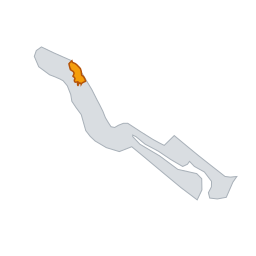 Jimara, Upper River, Gambia shown in context, rotated 219°
{"feature_id": "56634734B42913132832661", "entity_name": "Jimara", "entity_type": "district", "adm_level": 2, "iso_a3": "GMB", "parent_name": "Gambia", "parent_adm1": "Upper River", "projection": "mercator", "projection_center": [-14.409, 13.327], "detail": "fine", "context": "in_parent", "style": "filled", "palette": "amber", "viewbox_px": 256, "rotation_deg": 219, "n_neighbors": 0, "source": "geoboundaries", "source_scale": "gbopen_adm2", "svg_char_len": 3376}
<svg xmlns="http://www.w3.org/2000/svg" viewBox="0 0 256 256"><g transform="rotate(219 128 128)"><path d="M29.0,115.7L49.3,115.0L73.9,115.3L100.7,115.7L113.3,115.8L119.9,104.2L132.5,99.1L145.4,97.2L152.1,97.7L159.2,99.4L172.8,109.0L181.3,111.2L188.4,113.4L193.6,118.0L201.7,122.6L208.1,123.9L211.9,123.2L218.2,121.4L222.4,120.0L235.9,119.4L245.9,124.7L248.0,130.5L246.3,136.5L232.9,139.7L214.4,144.7L199.0,141.9L180.3,135.1L169.4,130.2L164.9,128.3L158.1,125.2L152.1,121.8L146.4,119.7L142.0,118.3L138.7,120.0L137.1,124.2L134.5,128.8L131.2,131.5L115.5,133.1L101.5,134.8L93.9,136.2L88.9,137.3L87.3,151.2L71.4,151.0L55.7,150.9L39.5,151.1L22.1,151.4L17.6,154.2L12.9,158.8L12.4,151.9L8.0,136.0L13.9,129.1L20.4,125.0L24.8,128.3L26.1,134.7L29.5,139.1L40.9,141.9L52.3,139.9L59.2,140.8L59.0,137.2L61.3,132.5L75.1,130.4L89.7,129.1L104.6,126.2L116.3,126.3L119.9,125.5L119.0,124.3L108.5,122.9L86.0,126.2L63.2,127.2L45.9,135.8L38.8,135.0L31.6,126.4L29.0,115.7Z" fill="#d9dde1" stroke="#a8b0b8" stroke-width="1"/><path d="M209.5,137.1L209.1,137.1L208.8,137.2L208.2,137.2L207.6,137.3L207.1,137.3L206.6,137.4L206.3,137.4L206.0,137.4L205.8,137.3L205.4,137.2L205.0,137.0L204.9,137.0L204.8,136.9L204.5,136.7L204.4,136.6L204.2,136.4L204.2,136.2L204.0,135.7L203.9,135.6L203.8,135.2L203.7,134.9L203.6,134.6L203.6,134.3L203.5,134.1L203.5,133.9L203.4,133.7L203.2,133.5L202.7,133.5L202.4,133.6L202.2,133.6L201.9,133.6L201.7,133.6L201.2,133.4L200.8,133.3L200.7,133.3L200.6,133.2L200.4,133.0L200.2,132.9L200.1,132.7L200.0,132.3L200.0,131.8L199.9,131.5L199.8,131.4L199.3,130.9L199.1,130.7L198.7,130.5L198.4,130.4L198.1,130.4L197.9,130.4L197.5,130.7L197.4,130.8L197.0,131.2L196.9,131.3L196.6,131.6L196.5,131.9L196.2,132.2L196.1,132.3L195.9,132.4L195.7,132.3L195.6,132.2L195.5,131.8L195.5,131.7L195.4,131.2L195.2,130.9L195.0,130.5L194.8,130.3L194.5,130.1L194.2,129.8L193.9,129.6L193.7,129.6L193.7,129.8L193.8,129.9L193.8,130.0L193.7,130.2L193.8,130.3L194.0,130.7L194.1,130.9L194.1,131.2L194.1,131.6L194.1,131.8L194.3,132.2L194.3,132.4L194.2,132.5L193.9,132.5L193.7,132.7L193.3,132.8L193.2,132.7L192.9,132.8L192.4,132.7L192.3,132.8L192.2,132.8L192.1,132.7L191.9,132.5L192.0,133.0L192.0,134.2L191.7,134.9L191.4,135.5L191.1,136.2L190.5,137.4L190.4,137.6L190.5,137.7L190.9,138.0L191.1,138.2L191.2,138.3L191.3,138.3L191.6,138.5L191.9,138.7L192.1,138.8L192.3,138.9L192.5,139.0L192.9,139.1L193.0,139.2L193.5,139.5L193.8,139.5L194.0,139.7L194.7,139.8L195.2,140.0L195.6,140.0L196.0,140.0L197.0,139.8L197.3,140.0L197.5,140.2L197.8,140.4L198.2,140.8L198.3,140.9L199.0,141.6L199.2,141.8L199.3,141.9L200.0,142.6L200.3,142.8L200.5,142.9L200.7,143.1L200.8,143.1L201.1,143.3L201.3,143.5L201.5,143.6L201.8,143.8L202.4,144.2L202.6,144.2L202.9,144.2L203.0,144.3L203.5,144.4L203.8,144.4L203.9,144.5L204.4,144.5L204.8,144.6L205.2,144.6L206.1,144.7L206.4,144.8L207.5,144.9L208.4,144.9L208.5,144.9L208.8,144.9L209.0,144.9L209.4,144.9L209.5,144.9L209.8,144.8L210.0,144.7L210.3,144.6L211.1,144.5L211.6,144.3L212.1,144.1L212.3,144.1L212.7,144.2L212.8,144.2L213.3,144.5L213.5,144.6L213.9,144.9L214.0,144.2L214.1,143.3L214.1,143.1L214.2,142.8L214.2,142.7L214.3,142.1L214.3,141.6L214.3,140.7L214.2,140.6L213.9,140.4L213.5,140.1L212.7,139.4L212.1,139.0L211.5,138.5L211.0,138.2L210.9,138.1L210.7,137.9L210.4,137.9L210.3,138.0L210.2,138.0L210.1,137.8L210.2,137.7L209.5,137.1Z" fill="#f59e0b" stroke="#b45309" stroke-width="1.5"/></g></svg>